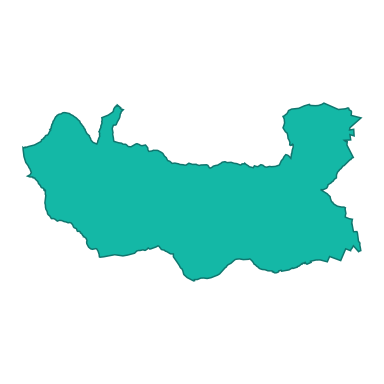 Pestisu Mic, Hunedoara, Romania
{"feature_id": "2599482B25386537179631", "entity_name": "Pestisu Mic", "entity_type": "district", "adm_level": 2, "iso_a3": "ROU", "parent_name": "Romania", "parent_adm1": "Hunedoara", "projection": "albers", "projection_center": [22.828, 45.805], "detail": "fine", "context": "isolated", "style": "filled", "palette": "teal", "viewbox_px": 384, "rotation_deg": 0, "n_neighbors": 0, "source": "geoboundaries", "source_scale": "gbopen_adm2", "svg_char_len": 5967}
<svg xmlns="http://www.w3.org/2000/svg" viewBox="0 0 384 384"><path d="M101.8,117.7L102.1,119.0L102.1,120.2L101.7,121.9L102.1,122.9L100.8,126.1L100.9,127.3L99.7,129.9L99.3,131.6L99.0,131.7L99.7,133.2L99.5,134.2L99.7,136.4L98.6,138.6L98.4,139.7L97.8,140.9L97.8,141.8L96.8,144.0L93.0,142.4L90.9,140.0L90.6,138.6L89.3,136.3L89.4,135.8L86.9,133.6L85.2,130.3L85.1,129.3L84.2,128.6L83.7,127.1L82.0,125.1L81.5,124.1L80.6,123.5L79.6,121.0L78.9,120.6L76.2,117.9L73.7,116.3L73.0,115.6L70.4,114.4L69.7,113.6L64.9,112.6L63.0,112.7L60.9,114.0L59.1,114.2L56.9,115.5L56.7,116.2L55.6,116.9L53.7,120.8L53.1,121.2L52.7,123.4L52.2,123.9L51.7,124.9L51.6,125.9L51.2,126.8L51.4,127.3L51.0,128.0L51.1,128.5L50.5,129.0L50.5,129.6L50.0,129.6L50.5,130.4L50.0,130.8L48.1,134.5L47.3,135.3L46.5,135.2L45.7,135.6L45.2,136.2L45.1,136.8L43.7,138.0L43.7,138.7L43.0,138.9L41.5,139.9L41.3,141.0L40.8,141.6L34.4,145.0L28.1,146.6L26.8,147.3L25.9,147.0L25.4,147.6L24.6,147.3L23.9,147.9L23.6,148.0L23.0,147.5L23.1,149.5L24.0,156.7L25.8,162.5L28.1,165.6L29.1,167.8L29.9,168.8L31.3,172.5L30.2,174.7L27.6,176.1L29.8,176.9L32.7,177.0L33.0,177.8L34.8,178.1L35.3,179.1L37.8,181.5L38.6,183.8L39.5,184.4L39.8,185.0L40.4,185.5L40.9,186.9L41.7,187.7L43.0,188.1L43.8,188.7L43.9,190.0L44.3,190.5L44.9,189.9L45.4,190.4L45.3,194.2L45.8,195.3L44.9,203.0L45.4,204.9L45.5,207.4L45.9,209.2L47.2,211.6L47.6,213.8L48.3,214.8L49.8,216.0L51.3,218.5L51.8,218.7L53.2,218.5L54.7,219.0L57.3,221.1L59.5,220.3L62.0,220.6L64.1,221.6L66.0,221.9L68.1,222.8L69.8,222.5L71.3,223.1L72.9,225.2L73.4,226.8L74.2,227.7L76.1,228.5L76.6,229.1L77.2,231.0L77.7,231.4L79.3,231.3L80.0,231.6L80.5,233.0L81.5,233.4L82.7,235.4L83.3,235.8L83.5,236.2L83.4,236.7L84.5,237.0L86.3,238.5L86.4,239.3L86.7,239.7L87.0,240.8L86.6,241.9L86.8,243.7L88.6,247.1L90.6,248.8L92.4,249.3L95.8,248.6L96.7,248.9L98.0,251.0L99.1,254.2L99.4,256.9L100.0,257.2L103.7,256.8L114.7,254.7L122.9,255.9L127.5,255.1L134.6,253.2L136.8,251.0L138.4,250.5L140.1,250.5L143.1,249.8L144.3,250.3L145.4,250.3L147.2,249.1L148.2,248.0L149.6,249.0L150.7,248.9L156.2,246.9L158.0,245.8L159.0,246.3L161.4,249.5L164.4,250.2L165.3,251.1L166.8,251.6L170.4,253.8L173.4,254.0L173.4,256.8L177.3,262.4L179.4,265.6L180.3,267.5L181.1,268.4L181.9,268.8L182.8,270.7L183.7,274.2L184.1,274.8L187.2,277.6L193.6,280.9L194.5,280.7L194.3,279.6L197.4,279.5L200.8,278.1L203.8,278.0L207.1,278.5L211.0,277.7L217.6,275.1L219.6,273.9L225.2,267.7L226.2,267.1L226.8,266.0L228.1,264.7L230.9,263.3L234.9,259.7L236.3,259.2L239.4,258.9L243.3,259.6L248.4,259.3L249.8,258.9L251.6,260.4L253.3,262.5L254.2,264.3L255.3,264.7L256.7,266.2L258.2,267.1L258.5,267.7L259.9,268.7L262.3,269.5L265.0,269.7L267.9,270.8L271.7,270.9L273.3,271.7L272.9,272.0L274.9,272.9L276.7,272.7L278.3,272.0L278.6,271.8L278.8,270.9L280.5,270.4L281.2,270.3L281.6,271.2L289.0,269.9L292.3,268.0L292.9,268.5L297.4,267.1L297.5,266.5L299.2,266.0L301.7,263.8L302.4,264.6L302.1,263.6L302.3,263.4L304.0,263.0L304.6,263.9L304.3,262.8L305.1,263.8L304.6,262.6L305.2,262.3L305.9,263.6L307.0,264.2L311.1,262.4L310.5,261.3L315.9,260.0L320.1,259.9L327.3,261.8L329.6,256.5L340.7,260.6L345.7,248.8L350.6,250.7L350.8,249.7L352.1,248.1L353.4,245.8L358.6,251.7L359.4,251.1L360.8,250.6L360.4,248.0L359.7,244.7L359.9,244.1L359.9,243.5L359.6,242.4L358.9,241.9L358.5,241.2L357.4,232.9L356.9,231.6L353.6,231.7L353.3,231.0L352.0,223.8L351.7,223.8L352.2,219.8L352.4,219.3L349.2,218.7L345.3,217.1L345.4,215.2L345.9,213.5L345.1,209.0L345.4,207.8L344.0,207.1L341.7,207.1L337.4,206.2L334.1,204.2L333.3,203.4L332.7,202.3L332.3,202.3L331.4,201.3L330.4,198.4L330.1,196.6L327.8,194.5L327.5,194.0L321.1,190.0L321.2,189.6L323.0,189.7L326.6,188.2L327.3,187.1L327.9,185.7L327.9,184.8L331.0,182.9L332.4,181.5L333.1,181.2L334.4,179.2L336.4,177.9L336.5,174.9L336.9,173.7L337.7,171.9L339.2,170.4L339.3,169.9L341.1,168.5L342.9,166.1L344.2,165.5L349.9,159.8L350.9,159.5L351.6,158.3L353.3,157.5L346.9,145.0L347.2,141.7L345.7,141.5L344.3,140.3L350.7,139.9L349.9,134.6L354.1,135.9L353.7,129.3L349.5,130.0L349.9,127.7L361.0,117.9L351.2,115.4L351.5,111.8L350.9,110.7L349.3,110.0L348.7,108.2L347.9,107.9L345.3,108.8L338.4,109.5L323.9,103.1L321.8,104.4L318.4,105.5L315.3,105.7L310.0,105.4L309.5,104.4L309.3,104.4L304.2,105.9L298.8,108.3L291.6,109.1L288.5,110.6L287.9,112.1L286.6,114.1L285.5,114.6L284.6,115.7L283.0,116.4L284.2,118.9L284.6,122.9L284.0,125.1L283.0,127.8L285.4,131.7L287.2,133.2L287.8,135.8L288.1,138.5L289.1,140.2L289.9,142.4L289.7,144.9L290.8,145.3L291.6,144.8L291.4,145.2L293.1,144.8L293.2,147.1L292.3,149.9L291.8,153.3L291.3,154.1L291.5,154.4L290.8,158.3L289.0,156.2L287.7,155.2L285.8,154.6L284.1,156.6L282.9,159.0L281.4,160.6L279.4,165.0L275.4,166.4L271.4,166.7L269.5,166.4L266.6,167.2L264.8,166.8L262.8,165.2L260.8,164.7L257.9,166.7L256.1,166.4L254.4,165.8L253.3,167.7L249.1,166.7L248.6,166.0L245.8,164.2L244.7,163.2L244.4,163.8L242.0,163.9L241.5,164.6L240.3,165.0L236.7,163.6L234.1,163.3L231.1,162.3L227.1,162.6L225.0,161.7L222.2,162.2L221.2,163.1L217.2,165.4L216.3,165.3L213.2,166.2L212.5,167.0L210.3,168.1L209.4,167.8L207.9,165.4L206.7,164.8L200.9,165.0L199.2,165.5L197.0,164.8L196.2,164.3L192.5,164.4L188.9,163.2L186.2,165.0L185.1,165.2L183.0,164.7L180.0,164.5L178.4,163.8L174.9,163.1L172.1,163.4L169.8,161.3L167.8,160.6L167.1,159.6L166.3,157.7L164.4,156.1L162.9,153.5L161.6,152.5L157.7,150.4L153.4,150.3L151.8,151.0L148.9,151.4L147.8,149.7L147.8,148.1L147.6,147.6L145.5,145.0L142.0,145.7L140.5,145.4L139.4,144.6L137.0,143.7L135.8,144.0L131.0,146.8L128.5,146.6L127.8,146.2L126.8,145.1L125.7,144.3L123.0,144.2L121.6,143.2L118.7,142.8L114.0,141.4L113.6,140.2L113.4,138.0L112.6,134.0L113.0,132.8L112.3,129.1L112.3,128.1L113.4,125.2L115.6,125.0L116.2,124.6L117.2,122.1L119.2,118.6L119.8,117.1L120.3,113.8L121.0,113.0L121.1,111.9L123.3,109.7L121.9,109.2L121.6,109.4L120.3,108.3L120.7,107.8L117.2,104.9L117.0,105.4L117.5,106.1L116.2,105.8L116.0,106.6L114.9,107.1L113.9,108.8L113.4,110.3L113.4,111.3L112.5,112.2L108.3,115.1L101.8,117.7Z" fill="#14b8a6" stroke="#0f766e" stroke-width="1.5"/></svg>